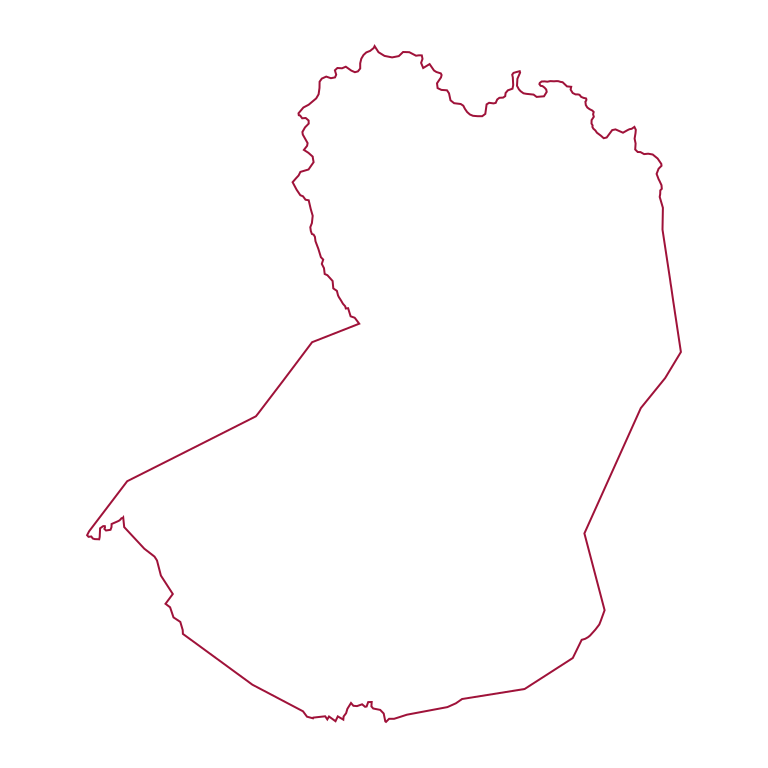 San Simón Zahuatlán, Oaxaca, Mexico
{"feature_id": "50627088B58043403570664", "entity_name": "San Simón Zahuatlán", "entity_type": "district", "adm_level": 2, "iso_a3": "MEX", "parent_name": "Mexico", "parent_adm1": "Oaxaca", "projection": "robinson", "projection_center": [-97.999, 17.838], "detail": "fine", "context": "isolated", "style": "outline", "palette": "rose", "viewbox_px": 768, "rotation_deg": 0, "n_neighbors": 0, "source": "geoboundaries", "source_scale": "gbopen_adm2", "svg_char_len": 3933}
<svg xmlns="http://www.w3.org/2000/svg" viewBox="0 0 768 768"><path d="M581.7,639.8L582.9,639.5L585.2,638.8L588.0,637.2L590.0,635.6L595.3,629.7L599.3,624.5L600.8,620.7L604.6,610.2L584.4,533.4L640.8,408.1L665.2,378.0L680.9,352.0L675.7,317.5L674.9,312.3L674.6,310.2L673.7,304.2L673.4,302.3L672.7,297.5L671.2,287.1L670.6,283.4L670.1,279.7L669.5,275.7L662.5,229.6L662.9,207.8L659.7,196.9L660.2,194.0L660.3,190.4L661.8,188.8L661.5,185.2L659.5,180.9L658.6,179.2L656.6,173.9L658.6,168.7L661.5,165.8L661.3,163.9L657.6,158.5L652.7,154.5L648.2,153.7L644.1,154.1L640.5,152.1L637.7,152.0L635.2,149.5L635.6,143.5L634.6,138.6L635.5,133.2L635.8,129.8L634.4,126.9L631.7,128.8L629.5,129.2L627.6,130.1L623.0,132.7L615.5,129.4L612.2,130.1L606.7,137.5L603.7,138.2L600.9,135.7L596.9,132.7L595.4,130.5L593.3,128.6L592.4,126.9L592.6,125.4L591.5,123.6L591.6,120.1L593.8,116.8L593.1,114.2L593.7,112.0L592.4,110.6L589.5,109.1L587.3,107.5L585.8,105.0L585.4,101.7L586.2,100.6L586.4,99.3L586.0,98.4L583.6,97.9L581.2,96.9L579.5,94.8L577.9,94.4L575.5,94.4L572.7,93.0L570.6,89.6L571.2,86.8L567.0,86.4L562.6,82.2L560.6,81.9L558.4,81.2L556.6,81.1L554.0,81.3L550.3,81.1L547.4,81.7L544.7,81.4L541.6,81.5L539.8,82.9L539.4,84.1L540.6,85.8L542.5,86.1L544.5,87.6L546.2,89.5L546.7,91.9L544.0,96.3L536.6,96.9L533.6,94.6L526.1,93.8L523.5,93.3L520.6,91.2L518.9,89.3L517.0,85.8L517.4,78.8L520.1,72.6L519.7,71.2L516.6,72.0L513.5,72.9L512.2,74.7L512.8,77.3L513.2,85.1L512.5,88.7L507.9,90.3L505.6,93.0L505.2,96.2L503.1,97.6L499.4,97.8L497.2,99.5L495.7,102.9L493.6,103.4L489.1,102.8L486.6,104.4L485.3,113.9L482.2,116.2L477.7,116.2L473.0,115.8L469.9,114.5L467.1,112.0L464.9,108.8L463.3,105.7L460.7,104.0L454.1,103.2L450.5,100.3L449.0,93.3L447.0,90.3L441.4,89.9L437.6,88.1L437.0,83.3L441.0,77.4L441.6,75.0L440.8,73.4L436.4,72.0L434.0,70.5L429.6,64.1L423.2,68.0L421.1,62.9L422.5,58.9L421.8,55.4L419.1,55.3L416.0,55.7L409.3,52.2L403.1,52.0L398.8,56.1L392.1,57.4L384.5,55.9L378.5,52.2L374.6,46.1L373.7,48.0L370.1,50.9L366.3,52.4L363.5,55.0L361.3,58.7L360.2,63.3L360.2,68.5L357.9,71.4L354.9,72.2L351.3,70.6L345.8,66.7L342.0,68.3L337.4,68.0L334.9,70.3L336.2,74.7L335.0,77.4L330.9,78.2L326.2,76.6L321.8,78.6L319.6,81.7L319.5,87.9L318.6,94.3L316.2,98.4L308.7,104.7L303.4,107.5L298.5,113.3L298.8,115.2L300.1,115.5L302.2,118.3L305.7,118.0L308.6,120.5L308.7,123.6L305.0,127.4L302.4,132.0L302.8,134.6L307.6,143.1L307.1,145.8L303.9,149.9L308.4,152.8L311.9,155.9L312.7,156.6L312.8,157.6L313.6,162.2L308.5,169.5L300.4,171.9L298.6,175.5L296.0,178.3L292.6,182.2L296.6,189.7L300.3,195.2L303.0,196.3L305.5,199.7L308.7,200.3L310.7,208.9L312.7,215.8L311.9,223.1L310.3,227.2L310.8,230.9L311.9,234.0L313.6,234.6L314.9,236.8L315.5,241.3L318.3,248.7L320.9,257.2L323.2,259.6L321.8,263.9L324.0,268.2L324.7,274.0L327.4,275.2L332.6,281.0L333.3,288.4L336.9,290.9L338.0,295.3L338.8,297.0L341.1,300.6L342.9,303.7L345.2,306.3L345.8,308.5L348.1,308.2L350.6,316.3L354.6,317.7L355.3,318.5L359.2,323.7L312.1,342.2L283.0,380.9L257.9,413.8L257.5,414.3L255.9,416.3L188.6,450.3L127.2,481.2L89.1,531.3L87.1,535.2L88.5,536.8L91.3,536.5L92.8,538.5L94.7,539.1L97.2,539.2L99.2,539.3L99.7,536.9L100.1,528.3L103.2,526.1L104.8,526.1L105.0,527.4L104.4,528.9L106.0,530.5L110.5,529.8L111.5,527.1L111.6,524.0L117.8,521.3L119.5,520.4L120.7,519.2L121.5,518.2L122.6,518.1L123.2,517.4L124.2,527.1L144.3,548.7L154.5,556.6L157.0,560.5L160.9,575.6L172.8,594.0L165.5,603.8L170.1,607.3L173.5,617.4L180.3,621.9L182.7,630.0L182.9,633.9L252.4,684.7L303.0,711.3L307.0,716.7L313.0,718.3L313.3,717.6L325.2,716.3L327.3,719.4L329.0,716.5L335.5,721.2L337.8,716.4L343.3,719.6L343.6,716.5L346.1,713.2L347.4,708.8L351.0,703.0L353.4,705.8L357.0,706.1L362.1,704.3L365.1,706.8L366.6,706.5L368.2,702.1L371.7,702.0L371.4,706.4L373.2,708.5L380.2,709.9L383.7,713.5L385.3,721.4L386.0,721.9L389.1,718.8L394.1,718.8L399.8,717.0L406.9,714.7L447.4,707.1L455.9,703.3L462.1,699.0L524.6,689.0L572.8,658.0L581.7,639.8Z" fill="none" stroke="#9f1239" stroke-width="2"/></svg>